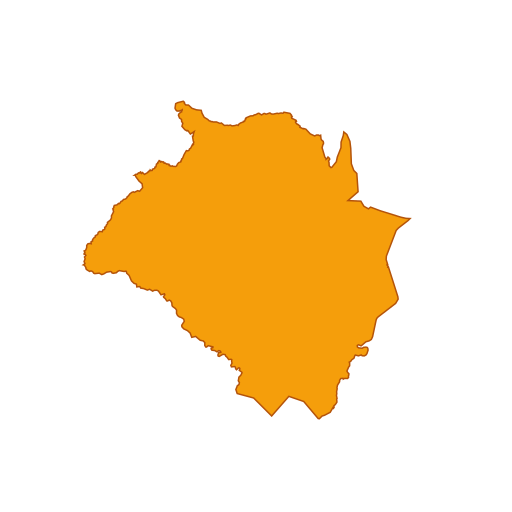 the district of San José Miahuatlán, Puebla, Mexico, rotated 57°
{"feature_id": "50627088B64695964742161", "entity_name": "San José Miahuatlán", "entity_type": "district", "adm_level": 2, "iso_a3": "MEX", "parent_name": "Mexico", "parent_adm1": "Puebla", "projection": "mercator", "projection_center": [-97.317, 18.226], "detail": "fine", "context": "isolated", "style": "filled", "palette": "amber", "viewbox_px": 512, "rotation_deg": 57, "n_neighbors": 0, "source": "geoboundaries", "source_scale": "gbopen_adm2", "svg_char_len": 6136}
<svg xmlns="http://www.w3.org/2000/svg" viewBox="0 0 512 512"><g transform="rotate(57 256 256)"><path d="M426.2,292.4L427.0,291.5L426.2,287.7L426.9,285.3L427.5,278.9L425.1,274.1L425.9,274.1L425.6,273.1L424.0,272.2L423.8,270.4L422.6,267.7L419.8,266.2L419.6,265.6L416.8,264.5L415.4,263.2L413.8,262.4L411.5,260.2L410.5,259.8L408.7,258.0L407.0,254.4L405.8,253.6L404.9,251.7L406.0,249.6L406.4,249.4L406.8,249.7L406.9,248.4L408.6,245.9L408.2,244.5L406.9,243.8L406.4,243.0L405.3,242.2L403.8,242.5L402.0,242.4L399.6,238.8L399.1,237.3L397.2,236.0L395.8,235.6L396.0,234.1L395.2,232.2L395.1,229.6L393.2,227.1L393.2,226.6L395.5,224.5L396.3,221.6L397.5,221.3L398.8,219.5L398.9,217.5L398.2,216.0L396.0,213.3L394.3,212.5L393.3,212.5L392.3,213.4L391.2,215.5L391.2,217.2L388.9,220.0L387.5,220.5L386.2,219.8L386.3,218.3L388.5,216.9L388.6,216.5L387.8,210.6L388.8,207.3L388.8,204.7L387.2,202.2L375.1,190.1L374.1,188.7L373.6,186.9L371.8,164.7L369.6,160.3L367.4,159.2L337.6,151.0L337.3,151.5L336.9,150.9L334.8,151.0L334.5,150.6L334.8,150.2L329.9,148.8L327.1,146.7L310.9,124.5L310.1,121.3L309.1,109.2L308.5,106.4L306.1,109.7L302.2,113.5L285.7,127.2L277.4,133.3L277.7,136.0L273.1,138.4L267.1,138.2L259.6,148.7L257.7,135.4L241.7,126.5L237.5,127.4L230.6,125.8L217.3,117.9L211.0,114.8L203.6,113.6L199.8,114.8L202.5,117.2L206.8,122.6L211.5,125.8L217.3,133.9L220.7,137.3L222.9,144.0L222.7,145.0L220.2,145.5L217.5,143.9L215.8,143.4L215.1,141.6L214.2,141.2L212.2,141.7L212.9,143.2L213.1,144.6L212.2,144.2L210.6,144.4L201.2,141.6L198.9,139.1L198.7,138.3L197.6,137.6L196.4,137.2L194.6,137.8L193.2,137.7L189.9,136.0L189.7,137.2L188.5,137.8L187.5,139.4L187.3,141.4L183.1,144.0L176.8,145.1L175.0,146.6L175.1,147.1L171.9,149.1L171.2,148.3L168.2,149.3L168.0,149.7L165.6,150.1L164.7,149.4L165.0,148.7L164.0,148.5L159.9,151.0L159.1,150.7L158.9,149.8L157.7,150.0L157.4,149.5L154.9,149.8L150.6,154.3L151.0,155.3L150.7,156.0L149.7,157.1L148.7,159.7L147.8,160.5L146.4,164.3L145.3,165.7L143.6,166.4L142.5,170.4L141.3,171.0L140.8,171.7L140.7,174.5L137.9,175.8L137.5,176.6L137.3,179.3L136.7,180.7L136.8,182.1L135.5,184.4L134.7,189.0L135.0,189.9L135.5,189.8L135.9,191.1L136.6,191.8L136.3,193.0L136.7,193.0L136.7,193.5L136.0,196.5L136.1,198.7L136.8,199.9L135.7,200.6L135.1,202.7L133.8,205.3L132.3,206.1L131.4,208.3L130.8,208.7L129.3,211.4L125.6,212.6L125.2,214.0L122.1,216.1L120.3,218.9L119.4,219.5L118.9,220.5L118.2,220.6L117.2,221.6L115.1,222.1L111.5,223.9L106.8,223.5L104.0,222.6L101.0,226.3L97.2,229.3L92.7,230.4L91.0,232.7L88.7,232.9L88.2,232.3L86.6,232.7L84.7,238.2L84.5,240.4L87.9,243.4L89.6,243.7L91.4,243.3L92.7,241.3L92.7,240.3L93.2,239.7L93.2,238.3L93.7,238.7L93.8,239.6L94.6,239.9L94.4,241.0L94.9,243.5L95.7,244.4L98.6,245.0L100.9,244.1L102.6,245.1L104.8,245.1L106.9,247.5L111.3,246.9L113.5,245.8L113.3,245.3L113.8,244.8L118.0,244.6L118.0,240.1L119.4,241.9L121.2,243.2L120.9,244.0L125.4,246.0L126.4,246.1L127.1,246.5L127.4,247.3L128.3,247.6L128.3,248.5L128.7,248.9L128.7,249.3L128.3,249.2L130.0,252.1L130.0,253.5L130.8,254.4L130.7,255.9L129.7,257.0L131.7,261.0L134.3,264.7L134.1,265.5L135.5,266.8L135.4,267.4L136.1,267.9L135.6,269.9L136.1,271.7L137.2,273.6L137.2,274.6L135.5,276.9L134.8,277.1L134.5,278.2L133.7,279.0L133.1,278.9L132.7,279.5L131.8,279.0L130.6,280.1L130.4,280.8L128.6,281.5L128.2,282.5L127.2,282.2L126.5,282.5L126.1,283.4L125.4,283.6L125.2,284.9L123.6,284.8L123.2,285.3L123.9,286.4L124.0,287.5L124.8,287.9L124.7,289.4L126.7,291.4L126.4,292.4L127.2,293.0L127.3,293.8L126.8,295.5L127.7,296.4L127.2,297.5L126.4,297.8L126.9,298.1L126.3,299.0L126.9,300.1L126.6,300.5L127.0,301.4L126.8,305.1L124.2,305.7L124.5,307.1L123.7,307.4L122.9,306.9L122.5,307.1L122.9,308.4L122.3,309.2L122.4,310.1L122.8,310.9L122.0,312.3L122.1,313.8L122.4,313.3L124.2,313.6L129.6,313.3L133.4,312.2L137.0,313.9L138.3,318.4L136.8,319.6L136.3,323.4L135.4,323.9L135.0,325.5L135.2,328.0L136.1,330.3L136.2,331.9L136.7,332.2L137.1,333.8L137.1,334.7L136.4,336.3L137.0,338.1L136.7,339.4L137.6,341.5L137.6,342.4L137.0,342.7L137.4,344.8L136.4,347.3L137.1,348.3L137.9,348.8L138.5,350.5L139.6,350.4L140.1,351.0L141.3,351.3L143.6,355.4L145.4,356.5L146.5,358.5L146.9,362.3L147.6,362.5L148.2,363.2L148.6,364.8L149.6,365.8L149.5,367.3L150.5,367.7L151.2,368.5L150.8,370.4L151.9,371.7L150.2,373.8L150.3,375.5L151.4,376.6L151.7,377.8L151.4,379.6L152.5,380.4L152.4,381.5L152.9,383.3L153.6,384.5L154.4,384.9L154.3,386.7L156.0,387.5L154.9,388.6L154.2,390.3L154.9,392.2L156.6,393.3L158.1,395.2L158.4,396.4L158.2,397.4L159.8,397.5L160.3,398.8L161.0,399.2L161.6,398.2L162.9,398.4L163.4,400.4L165.3,400.8L167.0,403.2L169.3,403.6L169.4,405.6L169.9,405.1L171.4,404.9L173.1,405.0L174.2,405.6L175.6,405.3L178.4,403.9L178.5,402.8L179.2,402.0L180.7,401.4L182.0,401.5L183.0,400.8L185.0,396.8L187.6,395.5L188.1,393.4L188.2,390.1L189.8,386.5L190.6,385.9L191.8,386.0L192.8,385.1L194.0,382.2L193.6,380.4L193.8,378.6L197.2,375.0L197.9,373.3L198.5,373.2L199.9,373.8L203.2,373.0L209.0,374.0L212.5,373.2L214.5,371.6L217.0,372.8L218.3,370.1L220.1,370.2L222.2,367.9L225.4,365.7L226.0,363.3L229.2,361.8L229.4,360.0L230.7,357.8L232.2,356.9L236.8,356.8L237.8,353.4L238.9,353.6L239.8,355.8L240.4,355.9L242.3,355.3L245.1,355.3L245.6,354.6L245.7,352.8L247.1,352.0L249.4,352.1L251.6,353.3L252.8,353.5L256.2,352.2L258.1,352.1L260.8,353.9L263.2,354.2L265.3,353.5L266.8,352.2L269.5,351.0L271.7,351.7L273.6,356.0L275.0,356.7L277.7,356.3L281.3,354.1L284.8,353.2L289.2,354.2L290.6,350.4L296.3,348.7L298.5,346.5L300.7,346.1L303.2,347.7L305.0,347.7L305.4,347.1L305.2,344.9L308.7,341.6L309.4,342.1L308.9,343.9L309.6,344.3L311.0,344.3L312.8,342.1L315.2,340.9L315.0,338.9L315.7,338.0L317.0,337.7L317.7,338.0L316.7,339.9L318.3,341.9L319.4,342.2L320.2,341.5L320.4,337.3L321.9,335.6L323.5,335.9L325.2,335.4L328.0,335.3L329.0,333.2L329.7,332.8L330.9,333.7L332.8,334.5L334.0,336.7L335.6,337.0L337.2,334.0L338.0,333.9L339.5,334.5L340.8,334.3L340.3,331.6L340.8,330.9L341.3,330.8L341.9,331.0L342.8,332.3L345.6,331.2L346.3,331.3L347.7,333.6L348.3,336.3L351.0,338.8L353.2,338.9L354.4,340.2L354.7,341.3L354.5,342.1L357.0,345.6L361.1,346.7L373.8,335.3L398.7,330.0L391.6,304.9L404.0,295.2L426.2,292.4Z" fill="#f59e0b" stroke="#b45309" stroke-width="1.5"/></g></svg>